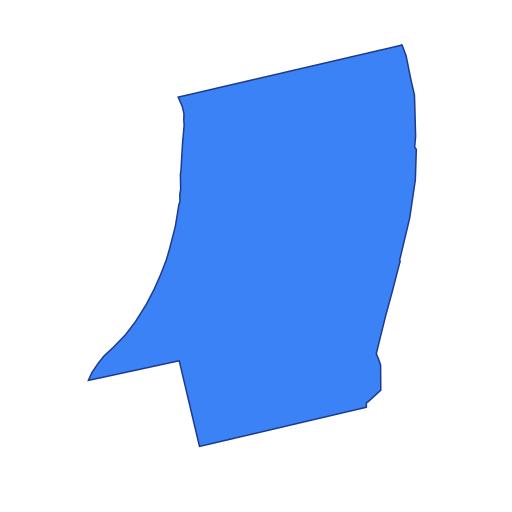 outline of Jarra central, Lower River, Gambia, rotated 257°
{"feature_id": "56634734B6993374345684", "entity_name": "Jarra central", "entity_type": "district", "adm_level": 2, "iso_a3": "GMB", "parent_name": "Gambia", "parent_adm1": "Lower River", "projection": "orthographic", "projection_center": [-15.418, 13.42], "detail": "fine", "context": "isolated", "style": "filled", "palette": "blue", "viewbox_px": 512, "rotation_deg": 257, "n_neighbors": 0, "source": "geoboundaries", "source_scale": "gbopen_adm2", "svg_char_len": 994}
<svg xmlns="http://www.w3.org/2000/svg" viewBox="0 0 512 512"><g transform="rotate(257 256 256)"><path d="M428.3,215.9L418.2,217.8L410.7,217.8L405.2,216.3L399.6,215.4L382.4,209.8L355.5,201.9L352.9,200.8L337.6,197.5L335.1,196.4L333.1,195.6L326.0,194.1L323.8,192.6L302.9,184.0L285.0,174.7L285.0,174.8L272.3,167.7L259.2,158.8L250.0,151.9L246.2,149.0L233.5,138.2L218.9,123.5L208.4,110.8L199.4,96.9L192.7,85.3L186.7,77.8L179.3,69.9L173.0,65.0L172.5,64.7L171.2,157.6L138.1,157.8L117.5,157.9L83.2,158.1L83.2,159.1L83.3,197.3L83.3,197.8L83.5,247.9L83.6,274.2L83.8,329.5L85.1,329.8L88.3,330.7L88.7,332.4L97.2,347.4L121.8,352.9L128.8,352.1L133.3,351.3L133.6,351.2L146.2,357.5L169.0,369.1L175.3,372.5L191.3,381.1L202.9,387.1L218.6,395.3L219.6,395.0L258.2,414.2L269.1,418.5L294.4,428.4L323.8,436.2L326.5,435.1L336.5,438.4L370.0,445.2L377.2,446.6L392.5,446.6L417.1,447.3L428.7,445.8L428.8,445.6L428.7,445.6L428.5,332.8L428.4,262.8L428.3,215.9Z" fill="#3b82f6" stroke="#1e3a8a" stroke-width="1.5"/></g></svg>